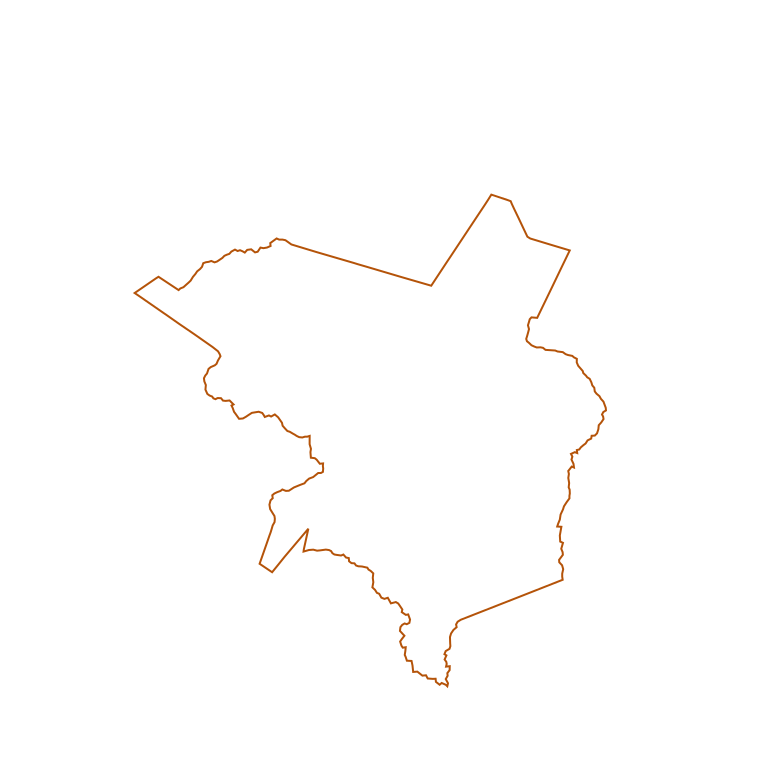 the district of Ouricuri, Pernambuco, Brazil, rotated 34°
{"feature_id": "56859067B94124885213044", "entity_name": "Ouricuri", "entity_type": "district", "adm_level": 2, "iso_a3": "BRA", "parent_name": "Brazil", "parent_adm1": "Pernambuco", "projection": "robinson", "projection_center": [-40.162, -7.951], "detail": "fine", "context": "isolated", "style": "outline", "palette": "amber", "viewbox_px": 768, "rotation_deg": 34, "n_neighbors": 0, "source": "geoboundaries", "source_scale": "gbopen_adm2", "svg_char_len": 4677}
<svg xmlns="http://www.w3.org/2000/svg" viewBox="0 0 768 768"><g transform="rotate(34 384 384)"><path d="M126.4,448.0L130.0,448.0L161.2,448.4L164.4,448.4L180.5,448.7L198.7,448.8L221.3,449.2L228.1,449.7L230.9,451.0L232.9,452.4L233.2,457.4L233.9,460.9L233.3,463.1L230.9,466.9L230.1,469.6L231.4,474.3L231.1,476.9L231.5,479.9L233.6,482.3L236.9,484.5L239.1,488.5L243.1,491.0L245.8,491.1L248.6,490.5L250.6,491.3L252.8,490.8L253.9,488.7L256.8,486.9L259.8,487.8L262.1,486.6L265.2,484.0L267.7,484.5L270.7,485.1L269.6,487.1L272.0,488.5L275.2,490.9L277.8,491.8L283.3,493.9L286.3,491.5L287.8,488.5L289.1,485.3L290.6,481.8L295.6,477.1L299.2,476.1L301.4,476.9L303.6,478.0L306.2,474.4L308.6,474.1L310.5,470.3L314.8,470.8L321.1,473.2L323.3,475.3L327.1,476.3L330.2,477.0L332.6,476.3L336.3,476.1L338.5,475.9L340.6,475.9L343.4,475.5L346.2,474.0L347.9,471.9L349.8,470.6L351.4,468.6L356.0,475.5L359.7,478.6L361.1,481.6L364.6,486.0L368.1,484.2L370.5,484.4L375.4,486.0L377.9,483.9L379.2,486.2L380.8,488.0L382.5,491.0L381.5,493.0L379.2,494.6L377.3,500.8L374.8,504.3L373.8,508.0L373.6,510.8L371.0,514.4L367.2,520.1L364.8,525.7L362.4,527.5L358.7,528.3L358.0,530.5L355.8,533.6L354.3,536.2L353.6,538.7L355.6,540.9L355.0,543.9L356.5,548.1L359.6,551.4L364.5,553.6L367.0,554.7L368.9,556.8L370.5,559.7L370.8,563.5L372.0,567.2L373.0,570.5L373.7,573.4L376.2,582.8L381.4,602.6L396.5,602.6L397.4,592.6L398.2,582.9L402.2,546.3L410.0,565.9L411.0,567.9L414.6,563.6L418.0,560.9L421.7,559.6L423.9,557.8L428.4,553.8L431.3,552.4L433.6,552.1L435.8,553.1L438.2,553.1L440.2,552.2L444.3,550.2L445.7,548.1L449.6,549.1L452.1,548.0L454.2,550.5L457.2,550.7L459.8,549.2L462.3,550.1L464.6,549.5L467.8,547.6L472.9,545.6L474.9,546.5L477.5,546.4L481.0,547.0L483.1,551.0L486.0,554.3L488.1,559.1L491.7,559.7L494.9,561.1L497.3,560.6L501.3,562.6L504.5,561.9L506.7,559.1L512.4,562.0L515.7,558.2L518.5,558.0L520.6,558.8L525.3,560.7L526.3,563.2L531.2,563.2L532.9,561.5L537.3,564.7L538.6,567.8L537.2,570.4L535.0,571.0L533.8,573.5L533.6,576.4L535.3,579.8L541.7,581.3L541.4,585.6L541.4,588.5L544.8,591.2L547.0,592.1L549.2,590.1L551.0,593.4L552.7,597.0L554.5,598.1L557.7,600.6L561.7,598.2L565.0,601.4L569.2,606.4L572.5,603.8L578.9,604.3L581.7,602.0L584.9,603.7L589.3,601.2L591.6,599.5L593.6,601.9L598.3,602.2L599.0,599.6L603.5,598.8L605.5,599.2L604.4,596.3L600.2,594.1L599.9,590.3L598.2,588.3L598.4,584.5L596.3,581.2L593.5,583.6L592.5,581.0L591.0,579.5L588.3,578.5L587.5,574.1L585.2,574.2L584.5,570.9L586.4,566.9L585.6,564.2L583.8,561.9L580.2,556.9L579.1,553.3L579.1,549.0L580.2,545.0L578.2,543.0L578.0,539.9L579.5,536.5L615.6,484.2L641.6,446.4L639.5,444.1L637.8,441.6L636.1,437.3L633.0,434.7L629.0,433.8L627.5,431.9L627.8,425.6L626.1,423.5L623.1,421.5L621.2,415.6L618.2,416.1L614.5,411.3L610.9,403.2L607.3,405.3L606.5,402.5L605.6,398.1L603.4,393.5L602.5,387.8L601.6,384.8L601.5,379.7L601.7,375.1L600.3,373.1L599.3,370.9L597.0,367.8L594.9,366.4L592.9,362.6L589.3,358.8L587.6,355.2L585.4,353.1L585.8,347.5L588.2,347.0L585.7,344.2L581.7,341.8L580.8,338.9L578.1,337.4L580.3,333.8L582.8,333.2L580.8,330.9L582.5,329.1L582.6,326.5L583.5,323.2L584.4,320.6L584.3,316.9L586.3,313.4L585.1,310.8L587.6,308.9L588.2,305.8L587.0,301.6L585.1,298.1L585.6,294.4L585.6,290.3L583.8,288.4L581.8,287.4L581.5,284.6L582.8,281.8L581.1,279.7L575.8,275.9L572.1,275.0L569.4,273.6L565.6,273.2L562.9,272.3L560.4,269.5L557.5,268.7L554.9,266.6L551.6,264.7L548.7,264.8L546.7,264.1L543.1,263.5L541.5,262.1L534.8,260.3L531.7,258.3L529.8,255.3L526.6,255.7L524.4,255.4L520.3,257.1L517.9,257.7L514.4,257.6L509.7,260.0L507.2,260.5L498.8,265.4L495.6,265.1L493.2,266.1L490.2,268.3L487.7,268.9L484.6,269.4L481.1,268.8L478.6,268.6L476.7,267.1L475.7,263.8L474.6,260.5L473.5,257.4L470.5,254.8L469.4,251.2L468.6,248.8L469.0,246.3L474.0,243.5L469.2,210.0L466.0,188.2L464.6,178.4L463.3,169.4L443.7,175.5L423.9,181.6L420.5,181.7L411.7,176.5L403.3,171.5L394.2,166.2L389.2,163.2L386.8,161.6L383.9,162.3L367.1,167.0L367.3,173.1L367.4,178.7L367.5,194.4L367.6,207.8L367.9,242.8L367.9,246.7L368.2,276.1L339.6,285.3L304.1,296.5L295.4,299.3L291.4,300.5L254.8,312.2L232.1,319.2L229.2,320.1L221.9,319.9L219.2,321.0L216.4,322.9L213.6,323.4L211.7,328.6L210.9,330.8L212.8,333.0L210.7,336.3L208.1,338.8L205.3,340.0L205.3,345.0L203.5,347.0L201.0,346.8L198.6,346.6L195.6,349.3L195.1,352.9L192.4,353.1L189.8,353.6L188.3,355.6L185.3,355.9L183.4,359.6L183.0,362.6L181.4,364.7L180.0,367.0L179.5,369.9L178.2,373.1L177.1,375.8L175.5,377.9L172.0,378.6L170.4,380.7L168.3,382.6L166.6,384.9L167.6,388.6L167.2,391.6L166.1,395.1L166.1,398.3L165.7,402.0L165.9,406.4L165.3,409.2L164.6,411.9L163.6,415.9L161.7,418.7L161.2,421.0L137.1,421.2L135.9,423.9L126.4,448.0Z" fill="none" stroke="#b45309" stroke-width="2"/></g></svg>